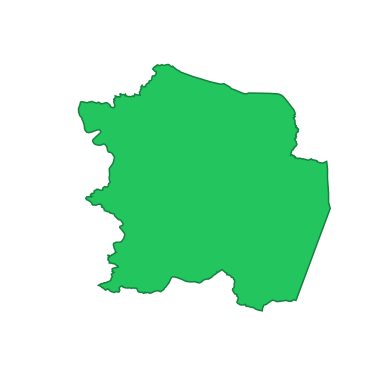 Siem Pang, Stœng Trêng, Cambodia, rotated 290°
{"feature_id": "14789045B29647510840066", "entity_name": "Siem Pang", "entity_type": "district", "adm_level": 2, "iso_a3": "KHM", "parent_name": "Cambodia", "parent_adm1": "Stœng Trêng", "projection": "natural_earth1", "projection_center": [106.38, 14.216], "detail": "fine", "context": "isolated", "style": "filled", "palette": "green", "viewbox_px": 384, "rotation_deg": 290, "n_neighbors": 0, "source": "geoboundaries", "source_scale": "gbopen_adm2", "svg_char_len": 6002}
<svg xmlns="http://www.w3.org/2000/svg" viewBox="0 0 384 384"><g transform="rotate(290 192 192)"><path d="M303.5,130.7L303.0,130.6L302.9,129.7L303.0,128.5L303.7,127.3L303.7,125.8L301.5,122.5L301.2,121.5L301.3,119.9L300.6,119.5L299.7,118.2L299.5,117.4L299.8,116.4L298.5,115.1L297.5,115.0L297.3,114.4L295.6,113.4L294.1,113.1L292.7,115.9L292.5,117.5L291.3,117.9L288.7,117.4L288.2,116.9L287.7,115.5L287.3,115.1L283.5,115.6L282.6,115.2L281.8,113.9L281.1,113.8L279.6,114.3L278.8,112.8L275.8,111.9L275.0,112.2L274.2,110.3L274.5,109.2L275.2,108.6L274.9,108.4L274.4,108.6L273.5,108.1L272.8,108.3L271.8,109.1L270.9,108.6L269.0,109.0L267.8,108.4L265.2,110.2L264.4,106.1L264.5,104.8L262.0,104.9L262.1,103.7L260.5,101.7L260.4,100.9L259.9,99.5L259.8,97.4L260.9,96.2L259.8,96.2L260.4,94.9L259.5,92.9L259.9,91.3L259.4,90.8L258.0,91.8L256.6,91.8L256.4,90.1L255.7,89.2L256.1,88.9L256.1,87.0L254.6,87.9L253.6,87.1L252.1,86.8L251.7,88.1L250.6,87.4L250.2,87.5L247.1,89.8L245.1,90.1L244.8,89.8L244.1,88.5L244.3,87.1L244.0,86.6L244.2,86.2L245.5,85.4L246.7,82.4L246.7,81.1L246.3,80.2L245.2,79.0L244.2,77.0L243.6,76.4L244.2,75.1L244.4,73.3L242.8,71.9L242.8,66.8L242.2,65.9L241.4,65.5L241.5,64.6L240.1,63.3L239.2,57.7L238.9,57.0L238.2,56.5L235.2,56.9L231.9,56.7L228.8,57.9L225.7,60.1L224.4,62.1L224.0,63.3L223.0,63.5L221.3,65.3L218.1,67.8L215.0,69.3L213.3,70.6L212.1,72.9L212.7,75.3L214.4,77.7L217.8,81.6L218.7,83.1L218.8,84.0L217.7,85.5L216.4,85.7L207.5,81.1L206.0,81.1L205.2,81.8L204.1,83.4L203.7,84.5L204.0,88.3L205.0,90.5L206.7,92.2L207.0,93.0L206.9,94.0L205.6,96.3L201.9,98.7L201.3,99.5L201.0,100.0L201.4,102.4L201.1,103.4L198.6,106.9L197.7,107.4L192.6,107.9L189.2,107.3L187.4,106.6L185.5,106.3L180.0,108.7L177.1,109.2L174.4,110.7L173.5,111.7L172.8,111.8L171.5,110.8L170.9,111.0L170.1,110.9L169.3,111.3L168.3,111.1L167.3,109.9L167.2,108.1L166.8,107.7L165.7,107.1L164.7,107.0L163.4,107.4L162.2,105.2L162.5,103.2L161.8,101.3L161.0,101.1L159.9,99.8L159.1,99.8L157.7,100.3L157.0,99.7L156.2,98.1L154.4,97.6L154.1,97.8L153.5,99.7L153.0,99.1L152.8,97.8L151.3,94.6L149.6,94.4L148.7,95.7L148.8,97.0L148.0,100.4L146.9,102.0L146.1,102.4L145.8,103.4L146.4,104.3L146.6,106.3L148.3,107.7L149.2,110.2L148.4,112.3L147.2,112.0L146.9,112.5L146.7,114.7L144.7,115.9L144.6,119.3L145.1,120.7L144.5,121.4L144.3,122.6L144.7,126.3L142.9,127.9L140.9,132.4L141.2,134.2L141.0,134.9L138.8,137.9L138.2,138.3L137.1,138.3L135.2,136.2L134.4,136.0L133.5,136.7L132.8,138.4L130.5,141.9L129.1,143.5L124.8,143.7L121.0,142.5L120.1,141.2L119.0,138.2L118.3,137.2L117.5,136.8L117.0,136.0L116.3,135.9L115.1,136.4L112.6,138.1L110.8,139.9L109.1,140.6L109.2,141.2L105.6,138.4L105.4,137.9L104.6,137.7L104.2,137.3L104.0,135.0L103.7,134.6L103.2,135.1L103.0,136.6L101.2,135.6L100.7,136.3L99.5,136.2L98.5,138.2L97.0,138.5L97.5,140.5L97.6,142.2L98.1,143.5L97.2,146.3L97.3,147.3L96.2,148.3L94.4,145.4L92.9,143.5L92.2,143.2L90.9,144.3L90.1,144.0L89.9,144.2L89.8,146.2L87.3,144.4L86.1,145.0L85.1,146.1L83.0,145.6L81.6,145.9L80.5,145.5L77.4,142.1L76.6,140.5L75.5,139.5L74.7,138.0L72.3,136.0L72.2,138.5L71.4,140.0L71.4,141.7L70.7,142.9L70.3,144.1L70.4,144.7L71.2,144.9L72.2,146.2L70.8,149.6L70.9,153.1L72.6,155.0L72.6,156.8L73.1,157.6L75.0,157.8L76.1,156.8L76.9,156.4L77.6,156.5L79.0,157.4L79.6,158.3L79.7,159.3L79.0,159.7L79.1,162.0L79.9,164.8L80.6,165.9L80.7,167.8L81.8,169.7L81.9,170.7L82.6,172.5L82.4,173.2L80.4,174.9L80.0,175.5L79.9,177.1L80.7,179.4L80.2,181.1L80.5,181.6L81.7,182.2L81.5,183.4L82.4,184.5L82.5,186.9L82.8,187.7L83.8,188.9L85.1,190.0L86.7,191.9L87.7,194.2L87.5,196.1L87.7,196.7L89.8,198.2L90.9,198.9L92.4,199.1L94.6,200.2L96.4,200.5L98.4,201.3L103.9,201.8L104.8,202.0L105.6,202.7L106.0,203.5L106.5,207.2L106.4,213.1L106.0,216.9L107.0,221.3L108.7,225.4L108.8,228.7L109.1,230.0L110.4,231.5L112.5,232.5L113.9,233.7L115.4,236.0L115.9,237.4L116.7,237.6L116.8,238.2L118.8,239.7L121.8,241.1L122.2,241.8L123.5,242.6L124.3,242.8L125.0,243.5L125.5,243.2L125.8,244.1L129.4,246.8L127.6,251.2L127.9,252.2L126.3,253.0L126.6,253.6L126.3,254.2L126.7,255.5L126.2,257.4L125.3,258.1L125.6,260.0L124.0,261.2L123.7,262.0L121.7,263.1L121.4,262.9L120.2,263.1L116.7,264.2L115.0,263.4L113.9,263.5L112.7,264.7L110.9,267.1L111.1,269.3L109.6,269.6L109.2,271.0L108.7,271.5L107.5,271.9L103.9,271.8L103.2,272.6L102.4,276.0L103.8,279.7L104.6,280.2L104.6,280.7L103.4,281.5L103.1,282.3L103.8,283.9L103.8,286.8L104.5,289.0L103.7,291.8L103.8,295.4L104.4,298.7L106.6,298.1L110.2,298.1L111.6,300.1L116.6,303.5L117.9,304.7L118.2,306.5L118.0,309.1L118.4,310.2L122.5,317.9L122.3,319.8L122.8,320.8L123.1,322.6L125.6,324.3L125.5,325.0L125.8,326.8L223.9,327.5L228.9,323.9L237.4,320.8L251.3,314.6L259.7,311.6L266.8,308.1L263.9,305.0L263.3,302.5L263.2,300.0L263.3,299.6L263.9,299.2L263.6,298.7L263.9,298.1L264.1,297.1L263.7,296.1L263.7,295.0L263.4,294.0L264.0,292.9L261.4,290.1L261.5,287.8L261.2,286.3L261.3,285.5L260.7,283.8L260.7,282.0L260.2,280.7L259.7,280.5L259.7,278.7L259.3,278.1L259.8,277.4L259.5,277.1L259.7,276.7L260.4,277.0L260.6,275.9L261.1,275.3L260.6,274.6L261.1,273.9L261.0,273.0L260.2,272.4L260.2,272.0L265.1,271.6L265.9,272.2L266.3,272.1L266.5,272.6L267.6,272.6L268.8,273.2L269.2,272.9L270.7,274.0L272.7,274.3L274.4,272.9L275.0,272.7L275.3,272.0L276.2,271.3L276.6,270.4L277.3,270.5L278.2,271.2L278.4,270.9L278.8,271.0L279.6,270.6L279.4,271.2L279.6,271.3L280.5,270.5L281.9,270.2L282.1,269.9L282.9,269.8L284.1,270.6L284.5,270.4L284.8,271.0L285.3,271.2L286.4,270.5L287.0,270.7L287.5,270.4L287.4,270.2L287.9,268.8L288.2,269.0L288.5,268.7L288.8,267.8L288.5,267.4L289.9,267.3L289.8,266.8L290.9,265.7L292.1,265.3L292.1,264.9L294.3,264.4L296.3,262.0L296.6,262.6L297.1,262.4L297.9,263.0L297.9,262.4L298.2,262.2L298.5,262.4L299.2,261.8L299.3,262.2L300.2,262.4L301.5,261.8L303.4,260.2L304.2,259.3L309.6,250.7L312.3,246.1L313.5,243.3L313.7,239.7L311.2,231.2L304.4,211.3L303.0,210.0L302.1,207.5L302.6,196.6L302.5,193.9L303.7,191.0L304.7,185.2L304.6,184.6L303.1,182.3L301.8,171.6L300.8,153.8L300.8,139.8L301.5,138.6L301.5,136.5L303.5,130.7Z" fill="#22c55e" stroke="#15803d" stroke-width="1.5"/></g></svg>